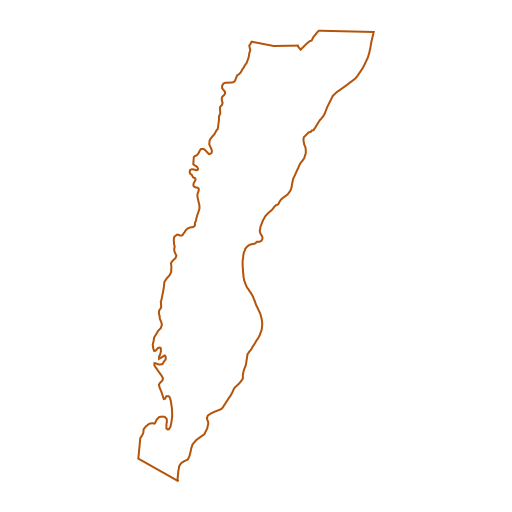 outline of Debreiul, Choiseul, Saint Lucia
{"feature_id": "8701671B40414621404718", "entity_name": "Debreiul", "entity_type": "district", "adm_level": 2, "iso_a3": "LCA", "parent_name": "Saint Lucia", "parent_adm1": "Choiseul", "projection": "robinson", "projection_center": [-61.025, 13.789], "detail": "fine", "context": "isolated", "style": "outline", "palette": "amber", "viewbox_px": 512, "rotation_deg": 0, "n_neighbors": 0, "source": "geoboundaries", "source_scale": "gbopen_adm2", "svg_char_len": 6068}
<svg xmlns="http://www.w3.org/2000/svg" viewBox="0 0 512 512"><path d="M297.7,45.6L273.7,46.0L251.6,41.7L250.5,43.9L249.3,45.5L249.7,47.8L250.3,50.0L249.3,53.2L248.9,55.9L248.4,58.2L246.6,63.0L244.9,65.3L243.4,68.1L242.5,69.1L240.8,72.3L239.1,74.1L237.1,75.4L235.7,79.0L235.0,80.8L233.7,82.0L232.1,82.5L225.0,82.8L223.4,83.6L222.1,85.8L222.1,88.1L222.4,88.7L223.7,90.2L224.9,91.6L225.1,93.6L223.8,95.4L222.4,96.5L221.7,98.7L221.9,100.1L222.1,101.4L222.6,102.8L222.2,104.6L220.1,107.0L219.9,108.5L220.2,111.8L220.2,113.8L219.2,115.8L218.9,116.8L219.0,119.9L218.3,124.8L218.0,127.5L217.7,129.0L216.5,130.3L215.4,132.4L214.5,134.0L212.5,136.3L210.8,138.4L209.6,140.4L209.4,142.8L209.2,144.2L210.4,146.9L211.6,149.7L211.9,150.9L211.6,152.8L210.5,153.7L209.6,154.0L208.9,154.1L206.2,151.2L204.9,149.9L204.1,149.2L202.6,148.9L201.0,149.0L199.8,150.6L198.9,152.5L197.7,154.3L196.8,155.3L194.8,156.1L193.8,157.1L193.7,158.4L193.4,162.5L193.3,164.3L195.1,165.6L196.6,166.4L197.6,167.8L198.0,168.7L197.9,169.5L197.0,170.2L196.0,170.2L194.4,169.6L192.6,169.3L190.9,169.5L189.9,170.4L189.7,172.1L190.0,173.5L191.9,175.0L192.6,176.5L193.1,177.4L194.6,177.9L195.4,178.6L195.5,179.6L194.7,181.5L193.8,183.1L193.4,184.3L193.5,185.9L194.3,186.7L195.8,187.5L197.4,187.6L198.6,188.5L198.8,189.7L198.5,191.2L197.8,193.1L197.3,195.2L197.7,198.0L199.4,205.3L199.5,208.3L199.0,210.2L197.0,216.0L196.6,217.7L196.2,219.1L196.1,220.7L195.1,222.4L194.9,223.0L194.9,225.6L193.3,227.0L192.6,227.2L190.6,227.3L187.8,228.4L185.7,230.3L184.6,232.2L183.4,233.6L182.7,235.0L181.6,235.5L180.1,235.6L178.6,234.8L177.3,234.6L175.0,236.1L174.0,237.5L173.8,240.4L174.1,244.5L174.7,246.5L174.1,249.7L174.9,252.7L176.4,255.6L175.5,258.1L172.5,260.9L170.9,263.2L171.4,266.5L171.1,272.2L169.5,275.4L167.0,278.1L164.4,281.8L163.8,287.7L163.0,292.0L162.0,297.0L161.3,300.6L160.8,301.5L161.1,305.2L161.1,307.7L159.1,310.6L158.9,313.6L159.7,316.4L159.7,318.4L161.3,322.2L161.9,324.8L160.8,328.1L158.1,330.9L155.6,335.2L154.1,337.5L153.6,341.1L152.7,344.7L153.3,348.6L154.1,350.9L155.2,350.9L156.6,349.7L157.7,348.2L159.8,347.5L160.8,348.2L160.9,351.6L160.0,354.8L159.1,356.3L159.1,358.8L163.6,356.1L164.4,355.5L165.2,355.7L165.8,357.7L165.6,359.5L163.9,361.6L162.5,364.1L159.5,364.6L156.7,363.8L155.6,363.2L154.4,363.2L154.4,365.4L156.1,368.0L158.4,371.3L161.6,375.7L163.0,378.4L162.3,380.7L159.7,383.2L158.9,384.8L159.8,388.2L160.9,390.5L162.0,393.6L163.0,396.8L163.8,399.1L165.0,398.7L166.4,396.2L168.6,396.2L169.7,397.3L170.6,400.2L171.1,402.7L172.0,409.1L172.2,416.4L171.3,423.0L170.5,426.6L168.9,429.3L167.7,429.5L166.4,428.4L166.4,424.3L166.9,421.6L166.7,418.9L164.7,416.8L161.7,416.6L159.1,417.1L156.7,419.5L155.0,423.2L154.2,423.7L153.0,423.2L149.5,423.6L145.9,426.4L143.7,429.1L143.3,432.8L142.3,435.0L140.3,438.2L138.3,458.6L178.5,481.3L178.3,481.1L177.8,480.3L177.6,478.6L177.8,476.5L178.3,471.3L179.0,467.7L179.1,466.5L179.7,465.3L181.2,463.1L184.0,461.3L187.9,459.5L189.7,455.4L189.9,454.1L190.3,453.0L191.5,447.3L191.9,446.6L192.2,445.3L192.6,444.4L196.1,440.2L200.4,437.0L204.4,434.2L205.4,432.0L207.2,428.5L207.8,425.6L208.2,424.3L208.2,422.1L207.8,421.1L207.6,420.6L207.2,419.3L206.9,418.1L207.5,416.3L208.0,415.4L209.3,414.5L211.2,413.3L212.6,412.7L213.6,412.1L219.8,409.7L221.0,409.1L222.1,408.4L222.4,407.8L223.1,407.0L223.8,405.8L224.2,405.1L225.1,404.0L225.9,402.5L227.3,400.5L227.8,399.6L228.7,398.2L230.6,395.6L231.2,394.3L231.8,393.5L233.2,390.4L234.1,388.4L235.6,386.8L238.1,384.5L238.9,383.7L240.5,381.9L242.8,378.8L242.9,376.4L242.8,375.0L243.5,371.5L243.9,370.1L245.1,366.9L245.8,365.3L246.8,358.9L247.2,356.4L247.4,354.6L247.4,354.3L248.3,353.2L249.4,351.5L250.5,350.2L251.2,349.4L252.8,346.5L254.5,344.0L256.4,340.7L258.4,337.8L260.1,334.3L260.6,332.6L261.6,330.1L262.1,326.0L262.2,323.8L262.2,322.6L262.0,321.1L261.7,319.2L260.4,314.0L259.5,312.0L258.0,308.9L257.3,307.3L256.3,305.5L254.8,301.2L253.5,298.1L253.3,297.3L252.9,296.5L250.7,292.6L249.9,291.7L249.1,290.4L247.9,288.5L247.2,287.8L246.7,286.8L245.5,284.0L244.2,280.5L244.1,279.6L243.9,278.6L243.4,276.5L243.4,274.5L243.1,272.7L242.9,270.6L243.0,269.5L243.0,268.9L242.8,268.2L242.7,266.8L242.6,261.6L242.8,259.3L243.1,258.5L243.2,256.0L243.4,254.8L243.8,252.8L245.1,249.7L245.3,248.7L245.5,248.6L246.2,247.6L247.2,246.6L248.1,245.8L249.1,245.1L250.0,244.7L252.0,244.1L253.7,243.8L254.4,243.7L255.5,243.3L255.7,243.1L256.1,242.5L256.7,241.9L257.3,241.7L257.7,241.7L258.4,241.8L259.2,241.8L260.2,241.4L261.1,241.0L261.3,240.9L261.5,240.6L261.9,239.9L262.3,239.0L262.5,238.4L262.5,237.8L261.9,236.0L261.5,235.3L260.6,233.8L260.2,232.9L260.0,232.1L259.8,231.1L259.8,230.4L260.0,229.9L260.3,228.2L260.5,226.8L260.8,225.9L262.5,221.5L263.5,219.4L264.3,218.1L264.8,217.0L265.1,216.6L265.7,215.7L267.3,214.0L268.6,212.7L270.5,211.1L272.1,209.7L273.0,208.6L274.3,206.8L275.2,205.9L275.5,205.7L275.9,205.3L277.0,204.8L277.7,204.6L278.3,204.2L278.6,203.6L279.3,202.2L280.4,200.4L281.0,199.6L282.1,198.6L282.7,198.0L285.6,196.0L287.6,194.4L288.6,193.1L289.8,191.5L290.5,190.4L290.8,189.8L291.6,187.2L291.9,185.1L292.3,182.9L293.0,179.5L293.2,178.7L293.5,178.0L293.8,177.4L294.7,175.7L297.6,169.1L298.1,168.3L299.1,165.8L299.7,164.5L300.0,163.9L303.3,159.5L304.1,158.3L304.4,157.6L305.1,155.3L305.6,153.7L305.8,153.0L305.8,151.3L305.7,148.9L305.5,148.1L305.5,147.7L305.4,147.1L304.2,144.5L303.9,142.6L303.7,141.8L303.5,140.7L303.5,139.1L303.6,138.2L303.9,137.1L304.1,136.9L305.4,135.7L305.5,135.5L306.4,134.7L308.6,132.4L309.0,132.1L310.1,132.1L310.4,132.0L311.0,131.7L311.3,131.1L311.6,130.6L312.0,130.4L313.3,130.4L313.5,130.3L313.7,130.0L313.9,129.6L314.1,129.1L315.0,128.0L318.7,121.9L320.0,119.9L320.8,119.3L322.3,117.3L323.4,116.1L323.6,115.6L324.8,113.4L327.2,107.1L329.9,101.7L331.6,98.4L332.7,96.0L337.0,91.9L339.0,90.6L347.1,84.8L349.0,83.3L353.2,80.2L355.6,78.2L357.3,76.1L360.7,71.1L363.1,67.5L363.5,66.6L364.6,64.4L367.9,57.4L369.2,53.0L370.3,48.2L371.3,42.2L373.7,32.0L318.9,30.7L317.3,32.2L313.3,37.2L311.6,40.6L309.9,41.0L306.3,44.0L300.6,49.7L297.6,45.9L297.7,45.6Z" fill="none" stroke="#b45309" stroke-width="2"/></svg>